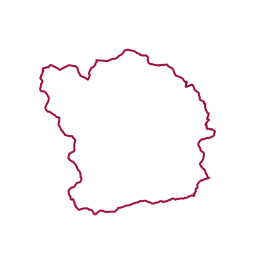 Pallatanga, Chimborazo, Ecuador, rotated 247°
{"feature_id": "8360857B6755122070607", "entity_name": "Pallatanga", "entity_type": "district", "adm_level": 2, "iso_a3": "ECU", "parent_name": "Ecuador", "parent_adm1": "Chimborazo", "projection": "albers", "projection_center": [-78.941, -2.017], "detail": "fine", "context": "isolated", "style": "outline", "palette": "rose", "viewbox_px": 256, "rotation_deg": 247, "n_neighbors": 0, "source": "geoboundaries", "source_scale": "gbopen_adm2", "svg_char_len": 5735}
<svg xmlns="http://www.w3.org/2000/svg" viewBox="0 0 256 256"><g transform="rotate(247 128 128)"><path d="M152.2,197.6L154.2,196.2L157.5,192.6L158.7,192.3L159.9,192.2L164.0,192.4L166.1,191.8L167.2,190.6L168.3,189.8L169.1,189.5L169.6,189.0L171.0,188.8L171.5,188.1L171.8,186.3L172.3,185.5L172.2,185.1L173.2,183.3L173.2,182.1L173.7,181.2L173.3,180.7L173.4,180.4L174.4,179.5L175.0,178.1L177.9,174.4L177.9,173.6L179.7,172.5L180.6,172.3L182.6,172.6L184.7,173.8L185.3,173.9L185.8,173.9L186.8,173.6L187.8,172.7L188.1,172.3L188.7,170.2L189.7,169.2L190.0,168.1L190.3,167.8L191.2,167.8L191.5,167.6L193.7,165.5L196.0,164.1L200.1,158.5L200.4,157.7L200.7,155.3L198.5,151.9L198.3,151.2L198.0,148.2L196.9,145.1L196.8,143.4L197.2,142.3L197.6,140.7L197.7,139.4L197.6,135.9L197.8,134.9L198.5,133.5L200.4,130.0L201.7,127.2L202.7,125.9L202.6,125.3L201.3,125.0L200.9,124.6L200.2,123.4L199.0,122.6L198.7,122.2L197.8,120.0L197.8,119.2L197.5,117.6L195.0,114.7L193.5,113.4L192.9,113.3L191.6,113.5L191.3,113.4L189.2,111.2L188.3,110.2L188.3,109.9L188.5,109.6L190.6,108.4L192.0,107.3L194.1,105.1L194.8,104.7L195.3,104.6L196.5,104.8L197.9,104.4L198.8,104.2L201.5,104.8L203.3,104.7L205.4,104.0L205.8,103.4L206.3,102.0L208.0,99.7L208.7,98.6L208.9,97.8L208.7,95.5L208.3,89.7L208.0,88.0L210.4,86.6L211.5,85.7L216.0,81.8L216.2,81.3L215.8,79.8L215.1,79.2L214.9,78.8L215.5,77.8L215.6,77.3L215.9,73.7L216.1,72.8L215.3,72.5L213.8,72.5L213.4,72.3L213.2,71.4L211.3,70.3L210.3,68.6L209.6,68.1L208.9,67.7L208.6,67.1L208.3,66.7L207.7,66.7L205.8,67.4L204.4,67.5L203.4,66.8L202.8,66.0L202.7,65.4L202.3,65.0L201.7,64.8L201.2,64.5L200.6,64.0L198.7,62.7L197.2,62.1L196.1,62.4L194.3,65.0L193.7,65.6L192.7,66.0L191.7,66.4L188.3,66.9L187.3,66.9L186.5,66.7L186.2,66.7L184.7,65.8L183.5,64.8L181.0,61.7L179.3,60.1L178.7,59.7L177.9,59.6L176.8,59.7L174.4,60.6L173.5,62.2L173.1,62.6L171.7,63.2L170.2,64.4L169.5,64.6L168.5,65.7L167.7,65.8L166.0,66.6L165.0,67.8L164.8,68.1L164.9,68.5L164.7,68.6L164.3,68.7L163.6,68.5L162.3,67.8L161.5,67.6L160.1,66.4L158.8,65.6L157.9,65.4L155.5,65.7L152.8,65.7L151.6,66.0L150.5,66.6L148.7,66.7L147.7,67.3L146.5,67.2L144.9,68.9L143.0,71.5L142.8,72.7L142.5,73.2L141.8,73.5L139.9,73.8L138.9,74.5L137.8,74.6L137.4,74.8L136.9,74.6L135.2,73.0L134.0,72.2L131.1,70.9L129.9,70.7L128.3,69.8L128.0,69.1L127.6,68.7L127.4,68.0L127.4,67.6L127.7,66.8L127.3,65.4L127.3,64.3L127.2,63.9L125.3,62.4L124.2,61.9L123.6,61.3L121.7,61.7L121.4,62.0L121.0,62.3L119.9,62.7L119.4,63.3L118.4,64.0L117.6,64.3L117.1,64.9L115.6,65.1L114.5,65.6L114.1,65.6L113.4,65.4L111.9,65.8L111.3,65.5L110.5,65.5L109.4,65.8L108.6,65.7L107.7,66.4L106.6,66.5L103.9,66.3L103.0,65.7L102.2,65.6L101.6,65.2L101.2,65.2L100.2,65.6L98.7,64.9L97.4,63.5L96.9,62.6L97.4,59.5L95.5,56.3L94.8,55.5L94.7,55.1L95.2,52.9L94.6,50.4L94.2,49.7L93.1,48.6L92.4,48.3L89.4,47.7L89.0,47.8L88.0,48.3L86.9,48.1L85.6,47.5L85.2,47.5L84.2,48.0L84.0,49.6L83.7,49.8L82.1,49.5L81.0,49.8L80.0,49.3L78.9,49.3L77.8,49.0L76.9,49.5L75.8,49.0L75.5,49.1L74.6,49.8L73.4,49.9L72.7,50.3L71.6,51.4L71.7,52.9L71.0,57.0L70.3,57.8L70.1,59.0L69.9,59.3L69.1,59.6L68.8,60.1L68.1,60.2L67.8,60.5L67.0,61.9L66.0,62.7L64.9,63.1L63.8,63.2L62.8,62.9L61.8,63.4L61.2,64.4L61.1,65.0L61.3,65.2L61.8,65.5L62.0,66.0L62.3,67.8L62.7,69.6L62.7,70.4L62.0,71.4L61.8,72.2L59.8,74.0L59.5,75.2L58.8,75.8L58.7,76.2L58.5,77.5L57.7,79.1L57.4,80.4L56.8,81.8L56.1,82.8L56.3,83.9L57.0,85.3L57.1,86.4L58.0,87.2L58.3,87.8L57.6,89.5L57.3,93.7L57.4,95.7L56.8,97.5L56.3,99.9L56.5,102.6L56.2,104.7L56.2,106.5L56.0,106.9L55.7,108.1L56.0,110.5L55.2,112.4L54.5,115.2L53.3,116.7L52.0,117.7L51.2,119.0L49.4,120.3L48.4,121.9L48.6,123.3L48.3,124.4L48.3,125.1L47.8,126.4L47.9,127.6L47.9,127.8L48.1,128.8L47.5,130.5L46.1,131.2L46.0,131.5L46.0,133.3L45.4,135.3L45.7,137.2L45.3,138.6L45.7,139.6L45.7,141.7L44.6,142.8L43.6,143.5L43.6,145.9L42.8,146.9L42.6,149.3L42.0,149.9L41.4,151.4L41.3,151.9L41.6,152.7L40.9,154.5L40.8,155.3L41.0,156.3L41.4,156.9L41.3,157.3L41.0,157.7L41.2,160.0L40.7,161.0L39.8,161.7L39.8,162.5L40.2,162.8L41.5,162.8L41.6,163.8L42.3,164.1L43.3,165.8L45.2,166.3L45.6,166.9L45.8,168.5L49.0,169.9L50.3,172.1L51.2,174.4L51.2,175.0L50.7,175.6L50.8,177.2L51.0,177.9L50.6,180.0L50.7,181.3L50.6,182.0L50.3,182.7L50.3,182.8L51.6,182.1L52.5,182.3L53.2,182.2L54.5,182.4L55.4,181.8L55.8,181.8L56.4,181.9L57.8,182.3L58.7,182.1L59.7,182.1L60.8,181.7L61.2,181.2L61.5,181.0L62.9,180.8L63.7,180.3L64.3,180.6L65.3,180.2L66.5,180.1L66.9,180.2L67.7,181.0L68.0,181.8L68.1,182.6L70.1,185.0L72.6,186.9L74.6,187.8L75.2,187.9L76.6,187.6L77.7,186.6L78.9,186.2L80.0,186.2L81.4,186.6L82.1,186.3L82.8,186.2L84.2,186.1L85.3,186.2L86.2,186.8L87.5,188.3L88.2,189.4L88.1,190.4L88.8,191.3L88.4,193.2L87.9,193.6L88.1,195.2L88.1,196.6L87.2,198.2L87.1,202.0L87.3,203.5L87.9,204.5L89.5,205.5L90.1,206.3L90.6,206.6L91.0,206.6L91.5,206.4L94.3,204.6L94.4,204.3L94.2,203.9L94.3,203.5L95.7,202.5L96.0,201.0L96.1,200.7L96.4,200.5L98.0,200.7L98.6,201.2L99.4,201.0L100.2,201.4L100.4,201.3L100.4,200.7L100.5,200.6L101.3,201.2L101.7,201.5L101.8,202.2L102.6,202.8L103.5,205.2L103.9,205.6L104.3,205.6L105.3,204.5L105.9,204.5L106.9,205.4L107.4,206.4L108.4,206.9L109.6,208.0L109.9,208.0L110.8,207.2L111.2,207.0L113.0,206.9L114.1,206.5L115.0,207.0L116.0,206.8L116.7,207.1L117.8,207.3L119.5,208.4L120.1,208.5L120.3,208.5L120.6,207.7L120.9,207.4L121.4,207.5L121.9,207.8L122.5,208.0L123.0,207.9L125.4,205.6L126.0,205.3L126.9,205.4L128.1,206.1L129.4,206.0L132.6,206.8L133.0,206.7L134.9,205.4L136.9,204.3L137.9,204.2L140.4,204.6L141.3,204.5L142.1,204.3L142.7,203.8L143.0,203.4L143.1,202.9L143.0,201.4L142.8,200.8L143.2,199.6L143.0,198.1L143.4,197.4L144.3,197.7L145.4,198.5L146.3,198.8L146.3,199.6L146.7,200.0L147.0,200.0L147.8,199.7L148.0,198.9L148.3,198.5L149.5,198.1L152.2,197.6Z" fill="none" stroke="#9f1239" stroke-width="2"/></g></svg>